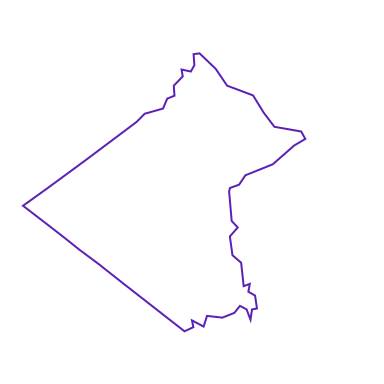 Carroll, Maryland, United States of America (Mercator projection), rotated 218°
{"feature_id": "52423323B73545009733824", "entity_name": "Carroll", "entity_type": "district", "adm_level": 2, "iso_a3": "USA", "parent_name": "United States of America", "parent_adm1": "Maryland", "projection": "mercator", "projection_center": [-77.055, 39.535], "detail": "fine", "context": "isolated", "style": "outline", "palette": "violet", "viewbox_px": 384, "rotation_deg": 218, "n_neighbors": 0, "source": "geoboundaries", "source_scale": "gbopen_adm2", "svg_char_len": 870}
<svg xmlns="http://www.w3.org/2000/svg" viewBox="0 0 384 384"><g transform="rotate(218 192 192)"><path d="M316.7,77.1L307.4,77.2L306.1,77.2L271.9,77.4L267.6,77.4L264.0,77.4L245.5,77.2L219.6,77.8L215.7,77.7L192.9,77.6L187.6,77.5L187.3,77.6L112.2,77.6L107.7,86.3L113.0,90.8L100.0,93.1L103.9,103.6L90.7,111.7L84.2,122.8L84.1,131.8L76.7,133.1L67.3,127.4L72.4,136.4L69.1,140.2L78.5,149.2L86.2,148.1L89.9,155.2L93.3,149.6L109.7,166.5L121.2,167.1L134.8,180.3L134.1,192.2L142.9,193.6L163.0,215.2L164.6,218.5L159.4,226.8L160.2,238.1L145.4,263.6L140.1,291.6L135.4,303.6L143.2,306.9L167.2,294.1L184.5,298.7L203.3,305.7L229.8,297.4L249.0,303.6L271.4,305.9L275.6,301.6L268.2,293.4L267.1,286.2L275.6,282.1L270.5,277.4L271.8,264.5L265.1,257.1L269.0,250.3L266.2,239.9L277.5,224.5L278.8,213.1L295.7,150.6L308.5,105.1L316.7,77.1Z" fill="none" stroke="#5b21b6" stroke-width="2"/></g></svg>